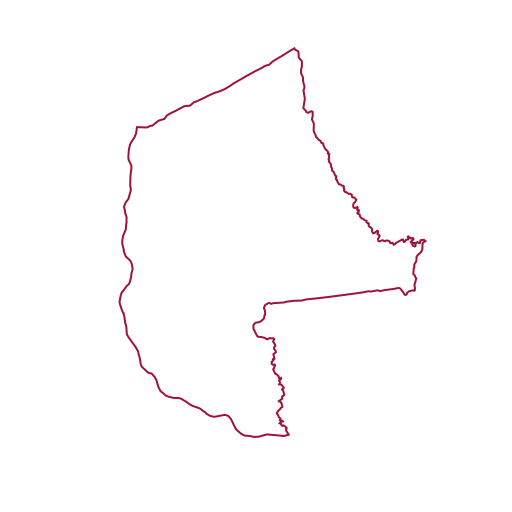 outline of Bosobolo, Équateur, Democratic Republic of the Congo, rotated 240°
{"feature_id": "63176286B50098701443330", "entity_name": "Bosobolo", "entity_type": "district", "adm_level": 2, "iso_a3": "COD", "parent_name": "Democratic Republic of the Congo", "parent_adm1": "Équateur", "projection": "albers", "projection_center": [19.647, 4.521], "detail": "fine", "context": "isolated", "style": "outline", "palette": "rose", "viewbox_px": 512, "rotation_deg": 240, "n_neighbors": 0, "source": "geoboundaries", "source_scale": "gbopen_adm2", "svg_char_len": 6147}
<svg xmlns="http://www.w3.org/2000/svg" viewBox="0 0 512 512"><g transform="rotate(240 256 256)"><path d="M427.1,217.4L421.9,213.2L419.2,209.5L417.0,204.9L415.5,202.6L411.8,199.2L410.1,198.0L405.7,195.0L403.2,193.8L396.6,193.3L394.3,192.0L390.2,188.8L386.2,186.1L380.1,182.4L377.4,181.4L375.6,180.5L369.2,174.0L367.5,169.8L364.5,166.2L361.4,165.4L357.7,163.9L356.4,163.9L354.0,163.2L351.0,161.2L350.1,161.0L348.1,159.2L344.1,156.5L340.0,151.1L336.5,148.1L333.3,146.2L328.4,144.9L327.4,144.4L324.5,143.5L320.5,143.0L319.3,143.5L314.9,144.7L312.9,144.7L310.5,144.2L306.5,142.7L303.1,139.3L300.9,137.8L300.4,137.5L296.4,133.6L295.2,131.9L294.8,129.4L292.0,123.0L291.8,122.0L290.0,119.5L289.1,118.8L284.4,114.8L282.2,114.1L276.5,112.9L272.3,112.4L272.3,112.6L268.6,111.4L263.7,109.4L259.8,108.4L252.7,105.0L249.2,105.0L237.7,106.2L232.3,106.2L229.6,105.2L227.1,104.7L223.4,103.5L220.7,102.3L218.0,101.8L216.3,102.0L211.4,103.5L208.5,104.5L206.4,106.9L202.0,107.7L198.3,107.7L195.1,106.9L191.4,106.0L190.0,106.0L187.3,105.7L185.5,106.2L183.1,107.2L180.6,107.9L177.9,109.9L174.5,113.4L172.0,117.6L169.8,119.8L164.6,122.7L161.2,124.2L157.5,126.4L154.8,128.9L151.6,131.4L147.9,132.8L146.2,133.8L144.5,134.1L140.8,136.1L139.1,137.8L138.3,138.5L137.1,140.7L134.9,147.2L133.6,150.1L131.2,152.1L127.7,152.8L124.3,152.6L117.9,152.1L115.0,152.3L109.3,154.3L107.8,155.3L107.6,155.3L105.6,157.0L105.1,158.0L102.7,161.2L100.4,163.7L98.2,167.9L97.2,171.8L96.0,176.3L92.1,181.9L86.1,190.3L84.9,195.0L89.7,194.8L90.4,195.5L91.5,195.6L91.8,196.6L94.3,195.9L95.8,194.8L95.7,193.9L96.8,193.5L98.2,193.7L99.3,192.8L99.9,194.2L99.3,196.6L99.9,196.6L101.8,194.7L102.9,195.9L104.9,195.2L107.3,195.6L109.5,195.4L111.0,198.4L111.4,200.5L112.0,201.5L112.1,203.3L114.8,204.3L117.1,204.4L118.3,203.4L118.9,203.2L119.3,207.3L120.5,207.7L121.4,208.9L121.3,210.5L121.7,211.1L125.6,212.1L127.3,211.8L127.5,212.3L127.7,212.6L127.5,213.6L128.1,214.2L132.0,213.6L133.3,211.9L134.5,213.6L136.5,213.7L137.1,216.5L137.9,216.7L137.8,215.1L138.1,214.8L139.1,214.8L140.0,215.4L141.1,215.3L143.0,214.9L144.3,213.8L149.3,214.2L149.7,215.3L149.9,215.8L151.0,216.7L151.6,217.9L152.4,218.0L152.9,217.6L153.2,216.4L154.8,215.7L156.3,216.4L156.8,218.2L158.2,219.0L157.4,220.1L157.9,220.7L162.2,221.9L162.7,225.1L163.7,225.5L166.7,225.3L167.8,226.0L168.5,227.7L169.5,228.2L173.4,228.0L174.9,230.3L176.1,229.9L176.9,228.1L177.9,227.2L178.3,223.9L181.0,222.4L183.6,219.6L185.0,217.4L186.5,217.0L194.2,217.4L197.3,219.1L198.3,220.9L198.3,222.8L197.4,224.7L197.0,227.0L197.6,230.8L198.1,231.8L200.3,233.6L200.6,234.5L202.3,235.6L204.9,236.6L206.7,236.7L207.5,237.3L209.0,239.7L209.0,243.2L208.5,244.2L206.9,245.3L206.6,247.2L201.8,256.9L201.4,259.0L200.1,262.0L198.7,265.5L194.5,273.5L194.0,275.3L193.2,278.0L187.9,289.8L184.5,297.8L178.9,311.1L176.0,318.3L174.0,323.0L170.6,331.7L169.2,335.9L168.1,337.2L167.8,337.7L167.3,339.1L166.6,341.0L165.7,343.6L164.7,345.1L163.6,345.7L162.4,349.6L158.6,358.9L157.9,361.0L157.1,363.5L155.8,364.6L154.3,364.9L152.1,365.2L150.7,365.3L149.7,365.3L148.4,365.3L147.6,365.9L147.4,366.5L147.4,367.3L148.5,368.3L148.9,370.5L148.7,371.7L147.8,374.8L146.8,375.7L146.9,376.4L148.6,377.5L151.9,378.9L156.4,383.6L158.0,383.4L159.4,383.8L161.8,383.2L166.3,386.4L166.6,386.8L167.2,387.6L168.4,388.0L169.8,389.3L170.9,391.6L171.9,392.6L175.1,394.7L175.8,396.2L177.0,401.2L178.7,403.4L183.5,406.5L184.1,407.4L184.2,410.2L186.1,409.5L187.3,406.8L187.1,406.0L185.4,404.6L185.8,403.5L187.4,402.8L187.1,401.5L187.6,400.4L187.4,399.9L185.9,399.8L185.5,399.6L184.9,399.1L184.8,398.3L186.2,397.2L187.8,397.0L188.2,397.4L188.6,399.1L190.1,397.0L190.8,396.9L191.7,400.7L192.7,401.0L193.5,400.5L193.6,399.0L196.8,397.7L196.8,397.0L194.6,396.7L194.3,396.0L195.0,394.0L193.9,391.8L194.2,391.1L195.0,391.1L196.6,391.6L197.2,390.9L197.3,383.8L196.6,381.6L196.8,381.2L197.0,380.8L198.3,381.0L199.4,380.6L199.6,379.2L200.0,378.8L202.1,378.9L204.1,377.1L204.3,375.2L205.1,374.2L206.1,373.7L206.6,373.1L206.8,370.4L207.3,369.8L208.4,369.6L209.9,370.3L211.5,373.1L212.5,373.2L213.7,372.3L214.4,372.2L215.9,373.9L216.8,374.0L217.1,373.8L217.3,373.0L216.7,370.3L217.2,368.7L219.3,368.8L221.3,370.0L223.0,369.9L224.4,368.9L226.3,368.8L227.4,369.8L228.1,369.9L228.9,368.9L230.1,368.7L231.3,369.3L232.3,368.2L234.8,367.3L236.0,366.1L236.5,366.2L238.4,365.8L239.6,366.5L240.7,366.1L241.8,365.2L242.5,365.2L242.8,366.9L243.9,367.9L244.3,367.9L244.3,367.2L244.7,366.8L245.6,366.9L247.1,368.3L247.7,368.3L248.1,365.5L249.1,364.8L250.3,364.9L252.5,366.5L252.9,367.2L253.3,369.2L254.6,371.0L257.4,370.4L257.7,370.1L258.6,368.8L260.6,369.1L261.3,369.6L263.2,368.3L263.5,367.2L265.9,366.3L267.1,365.1L268.9,364.9L269.7,366.1L271.2,365.9L272.2,366.9L273.1,366.7L274.1,365.5L275.5,365.1L276.6,363.7L280.4,363.7L281.5,364.2L282.1,363.7L283.3,363.8L284.4,365.3L285.2,365.4L285.8,364.8L290.0,365.3L291.5,364.7L292.6,364.7L293.8,365.7L295.5,365.6L298.0,366.7L301.4,366.4L302.3,367.2L303.8,367.3L304.5,368.5L306.3,369.1L307.6,370.4L308.5,369.5L309.0,369.6L309.6,370.4L311.6,370.3L313.9,369.5L318.3,369.7L319.3,370.3L320.0,370.4L321.3,369.2L323.5,369.4L325.6,368.2L327.5,368.2L329.0,367.5L331.2,368.1L333.9,368.2L336.1,368.8L341.7,372.3L344.4,372.6L346.3,372.7L349.6,375.7L350.7,375.9L352.2,377.1L353.5,376.6L353.9,375.3L353.9,372.9L355.3,371.6L357.0,371.7L360.3,370.9L361.1,371.5L367.7,376.9L375.6,379.9L377.3,381.9L379.5,383.1L381.1,383.3L384.3,384.4L387.1,386.0L390.9,386.3L392.0,386.5L394.8,388.2L396.6,389.9L397.4,390.7L401.4,392.9L402.4,393.1L405.0,392.4L406.8,392.4L410.1,394.2L412.3,394.9L415.2,393.0L416.6,393.1L416.7,389.0L416.5,383.1L416.3,379.1L416.3,377.0L416.3,372.5L416.2,368.0L415.0,362.6L415.6,361.2L416.1,359.0L416.0,353.6L416.3,350.5L416.5,347.4L416.5,344.7L416.7,335.9L416.6,334.4L416.7,322.7L416.3,319.6L416.2,315.8L416.2,312.8L416.3,311.0L416.7,307.8L417.3,304.5L418.0,301.6L418.3,298.7L418.7,294.5L418.9,289.6L419.8,280.6L420.2,279.5L419.3,274.1L419.7,272.6L420.4,271.8L421.6,268.7L421.7,266.5L421.9,258.5L422.3,254.0L422.3,251.5L422.2,248.8L420.5,245.3L421.1,242.8L421.8,240.0L421.7,237.3L420.7,231.8L421.4,229.8L421.9,225.7L427.1,217.4Z" fill="none" stroke="#9f1239" stroke-width="2"/></g></svg>